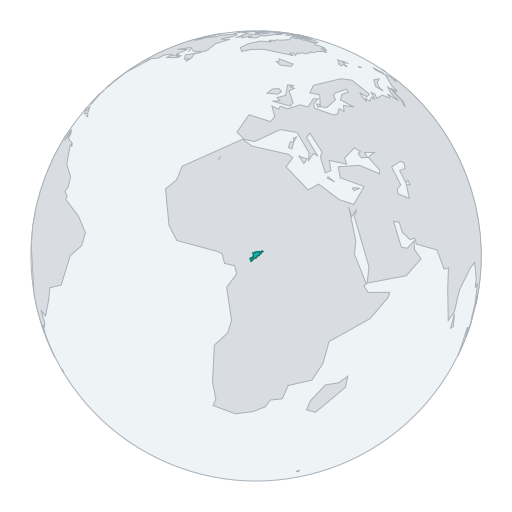 Adamawa highlighted on a globe, orthographic projection, rotated 23°
{"feature_id": "NGA-2881", "entity_name": "Adamawa", "entity_type": "State", "adm_level": 1, "iso_a3": "NGA", "parent_name": "Nigeria", "parent_adm1": "", "projection": "orthographic", "projection_center": [12.557, 9.198], "detail": "fine", "context": "on_globe", "style": "filled", "palette": "teal", "viewbox_px": 512, "rotation_deg": 23, "n_neighbors": 0, "source": "natural_earth", "source_scale": "10m", "svg_char_len": 9845}
<svg xmlns="http://www.w3.org/2000/svg" viewBox="0 0 512 512"><g transform="rotate(23 256 256)"><circle cx="256" cy="256" r="225" fill="#eef3f6" stroke="#a8b0b8"/><path d="M177.9,44.7L178.8,44.4L173.6,46.4L179.0,44.6L183.5,42.9L187.3,41.7L188.4,41.6L181.9,43.8L180.5,44.2L179.2,44.8L175.5,46.1L177.9,45.4L170.0,48.6L179.3,45.4L174.2,48.0L168.6,50.2L167.3,49.9L151.1,56.6L150.7,56.8L177.9,44.7ZM137.3,64.5L127.7,71.8L121.7,76.0L115.0,81.7L119.1,79.0L125.8,73.7L131.8,70.8L139.3,65.4L142.9,63.7L151.4,58.9L152.0,59.9L148.0,63.8L141.0,68.1L139.1,70.2L147.3,66.7L135.8,76.3L130.8,85.7L127.6,88.6L118.5,91.9L114.6,89.5L102.8,96.6L112.3,92.6L104.2,101.0L103.6,102.9L105.2,103.2L109.0,100.5L106.7,103.8L96.3,108.3L98.3,105.3L101.6,103.7L99.6,102.9L92.6,107.2L89.1,111.7L82.3,115.5L79.6,119.0L76.7,122.2L81.3,116.1L72.8,127.6L64.2,137.9L52.4,159.6L58.1,148.3L66.6,134.0L76.1,120.4L86.6,107.4L98.1,95.3L110.4,84.1L123.5,73.8L137.3,64.5ZM33.8,218.7L33.3,223.0L35.1,214.8L37.1,211.6L34.7,224.5L37.7,213.7L37.4,221.0L42.8,224.1L41.7,226.8L45.9,245.3L54.3,255.5L56.2,265.9L54.8,271.3L58.6,274.3L58.7,278.2L77.4,289.0L89.9,301.3L91.5,314.7L84.9,328.2L88.0,358.9L78.6,365.8L82.4,377.8L85.7,393.5L79.2,389.8L87.4,399.7L89.0,403.9L86.6,402.7L91.6,408.9L90.1,407.9L95.0,412.8L100.7,419.2L108.6,426.4L110.2,427.8L98.2,416.7L86.9,404.9L76.6,392.2L67.2,378.9L66.9,378.4L45.7,335.5L42.2,325.9L38.9,316.3L34.8,298.7L32.1,280.8L30.8,262.8L31.0,244.6L31.2,241.3L33.1,223.4L33.3,221.8L33.8,218.7ZM49.0,167.2L49.1,166.9L45.0,180.8L44.1,180.3L44.9,178.6L46.6,173.4L48.3,168.8L49.0,167.2ZM54.5,156.3L55.0,154.9L55.0,155.4L54.5,156.3ZM150.4,58.8L150.8,58.8L149.0,59.7L150.4,58.8ZM153.7,56.8L151.3,57.7L152.5,56.9L154.0,56.3L153.7,56.8ZM156.4,55.9L154.9,55.5L157.1,54.2L164.4,51.1L156.4,55.9ZM184.5,42.5L179.7,44.2L182.7,43.0L184.5,42.5ZM197.0,38.6L199.8,37.9L185.4,42.1L186.2,41.8L197.0,38.6ZM189.1,41.2L195.7,39.0L196.8,39.1L194.3,39.6L189.1,41.2ZM193.4,40.0L197.1,39.2L195.0,40.1L189.5,41.3L193.4,40.0ZM197.0,38.6L200.2,37.8L198.8,38.2L197.0,38.6ZM189.5,43.8L189.4,43.1L192.9,42.0L189.5,43.8ZM198.7,38.9L199.4,38.6L200.7,38.2L202.7,37.9L198.7,38.9ZM208.2,35.8L208.4,35.8L210.6,35.3L213.0,34.9L214.5,34.6L207.9,36.0L211.7,35.2L212.4,35.1L206.2,36.4L208.2,35.8L208.2,35.8ZM208.8,36.5L201.2,38.8L200.5,39.9L197.5,40.9L199.1,38.9L208.8,36.5ZM207.8,36.3L207.7,36.6L204.0,37.4L201.7,37.7L207.8,36.3ZM218.2,33.9L218.4,33.9L217.2,34.1L218.2,33.9ZM209.3,36.6L211.1,36.1L209.7,36.6L209.3,36.6ZM216.4,34.5L215.6,34.5L217.3,34.2L216.4,34.5ZM215.5,35.3L213.0,35.9L211.4,36.0L215.5,35.3ZM216.5,34.8L219.1,34.3L212.3,35.7L215.8,34.8L216.5,34.8ZM218.2,34.2L219.0,34.0L218.3,34.2L218.2,34.2ZM222.9,34.8L214.8,36.5L211.2,36.6L219.6,34.9L222.9,34.8ZM122.4,437.1L122.2,436.4L124.1,437.7L124.7,438.6L122.4,437.1ZM467.7,178.8L473.3,196.5L477.4,214.4L474.9,205.9L478.0,222.4L480.2,234.3L480.6,238.2L481.1,248.1L481.0,246.0L479.6,232.5L478.6,228.5L476.3,214.2L470.6,194.5L470.2,199.6L467.8,191.4L459.8,176.4L457.9,183.5L456.6,208.2L460.4,229.7L458.2,240.3L445.4,211.5L437.8,191.7L434.3,194.6L420.2,179.7L399.1,182.4L395.1,177.6L391.3,180.7L381.2,176.8L374.7,169.0L369.1,170.3L386.2,191.0L392.1,189.8L395.7,180.4L399.4,188.2L409.0,194.2L402.0,215.4L369.0,237.5L364.1,221.6L330.7,180.8L330.8,176.0L330.6,175.5L330.1,174.5L328.7,182.5L322.4,174.7L342.0,203.1L346.0,216.0L368.5,238.5L366.8,241.3L373.6,245.7L393.3,237.2L393.8,242.6L385.5,269.0L356.7,306.2L359.6,328.8L356.0,348.4L336.2,362.6L336.0,377.2L325.5,383.0L323.5,391.2L314.0,400.4L298.7,409.3L274.9,410.4L274.9,403.2L265.3,389.3L252.5,354.3L260.1,337.6L258.6,324.7L241.2,296.2L245.2,280.0L240.1,273.3L229.9,275.1L223.9,267.1L217.6,267.0L177.2,272.7L164.1,262.0L146.5,229.6L153.2,216.9L153.0,202.2L198.0,153.8L209.2,156.4L246.5,149.7L251.4,151.3L248.8,162.2L278.1,174.8L285.6,165.3L310.5,171.6L325.9,170.4L328.4,149.7L303.0,151.1L296.9,141.7L315.9,132.1L337.7,132.1L336.1,128.5L320.8,121.2L324.4,114.5L315.4,118.3L320.1,121.7L314.6,124.5L309.9,121.7L311.3,119.2L304.3,118.0L299.3,131.1L303.5,136.0L286.1,139.4L291.5,148.1L287.3,152.5L276.5,139.6L276.4,134.7L257.6,121.9L256.1,127.1L273.8,139.9L268.9,139.1L267.0,147.5L264.6,140.4L245.7,126.2L229.0,130.1L210.1,151.1L199.8,153.2L190.1,149.4L194.4,128.7L217.0,126.6L218.8,120.3L212.1,111.7L219.6,112.1L219.6,108.7L227.9,108.0L237.5,99.6L245.6,98.5L247.4,88.8L251.8,87.2L249.5,93.2L252.3,97.2L272.2,95.9L275.5,93.7L275.0,87.8L280.6,88.6L277.6,83.1L288.1,80.6L272.8,79.4L271.9,73.6L277.1,69.0L274.0,67.2L265.5,74.7L264.6,78.1L268.2,81.1L263.3,91.5L256.9,93.5L251.6,82.7L241.9,84.8L242.1,76.5L265.0,59.6L275.5,56.7L297.2,62.7L295.9,66.0L287.5,65.2L297.1,70.8L295.4,68.0L300.1,69.0L300.3,64.6L303.6,65.2L298.3,60.3L302.3,60.6L305.6,63.7L309.5,58.4L317.4,58.4L316.6,57.0L313.7,55.5L325.6,57.2L324.6,56.2L320.3,55.1L315.4,52.6L311.4,49.0L315.7,49.7L317.8,51.1L328.6,55.6L333.3,59.8L334.7,59.9L331.6,56.5L318.4,50.8L314.8,48.5L321.3,50.7L318.6,49.7L318.2,48.8L321.8,48.9L314.8,46.4L304.0,38.5L310.0,38.6L317.0,40.9L314.0,38.5L320.2,40.1L335.5,45.2L350.4,51.4L364.8,58.7L378.7,67.0L391.9,76.3L404.4,86.5L416.2,97.6L427.1,109.5L437.2,122.1L446.3,135.4L454.5,149.4L461.6,163.9L467.7,178.8ZM184.5,178.1L183.8,182.5L184.5,178.1ZM362.5,143.3L374.6,143.1L366.3,131.2L370.2,130.4L366.0,126.9L365.6,130.4L354.8,121.1L359.0,117.3L356.0,112.5L351.8,112.4L346.0,121.0L361.5,134.0L359.9,139.2L362.5,143.3ZM43.0,224.1L43.4,227.0L42.3,226.5L43.0,224.1ZM42.3,185.1L42.2,186.1L41.7,188.4L41.4,188.5L42.3,185.1ZM45.9,191.5L46.6,193.5L45.1,193.6L45.9,191.5ZM44.8,182.8L45.2,190.4L42.5,192.4L42.5,187.8L43.4,187.9L44.8,182.8ZM51.2,163.0L50.7,164.3L49.7,166.4L51.2,163.0ZM54.6,156.7L54.4,156.7L55.3,154.7L54.6,156.7ZM104.8,100.7L105.5,100.5L106.4,101.4L104.5,102.4L104.8,100.7ZM119.3,99.0L115.2,104.5L116.8,100.9L113.3,102.9L112.4,98.5L126.0,89.9L120.0,94.3L119.3,99.0ZM114.9,91.1L114.0,94.3L114.5,91.2L114.9,91.1ZM211.7,92.9L215.2,94.7L212.9,98.5L202.6,101.7L205.7,96.0L211.7,92.9ZM220.6,96.5L218.2,86.0L224.5,84.2L221.4,86.8L225.8,86.7L221.9,91.1L230.3,100.4L228.9,104.6L210.6,107.1L217.3,103.7L213.5,101.9L220.6,96.5ZM201.1,68.3L200.2,65.4L215.1,64.9L214.2,67.8L203.9,70.7L198.8,69.1L201.1,68.3ZM169.7,51.2L168.3,51.3L170.1,50.5L172.7,49.8L169.7,51.2ZM189.2,43.5L177.3,50.5L175.2,50.7L170.7,55.3L163.4,58.0L166.5,54.8L157.6,60.7L157.5,59.0L152.0,63.1L159.8,55.7L159.3,54.9L162.6,54.6L169.3,52.0L172.1,50.7L179.6,46.5L181.9,44.1L189.0,41.8L193.3,40.8L193.8,41.0L189.1,42.3L193.2,41.6L186.7,43.8L189.2,43.5ZM240.3,39.2L234.6,39.2L241.7,41.1L235.3,42.1L236.5,42.2L232.5,43.8L229.8,46.3L226.7,46.5L227.0,47.4L224.4,48.8L223.7,50.2L217.9,51.3L216.6,53.3L214.5,52.8L214.0,56.0L211.7,54.2L208.1,56.2L212.2,56.9L181.9,62.8L170.9,67.8L163.0,73.3L160.2,70.3L165.9,63.7L175.9,56.6L186.9,52.7L183.6,52.4L187.9,50.6L188.7,51.5L190.1,49.1L193.8,48.0L202.7,43.6L202.4,41.5L205.6,40.2L207.6,40.5L209.5,39.0L215.4,38.8L217.9,37.9L226.2,37.2L228.6,38.8L231.1,37.8L237.6,37.7L240.3,39.2ZM225.2,34.6L229.5,35.5L228.2,36.7L214.3,37.5L211.2,38.3L202.3,39.6L204.5,38.0L206.8,37.7L209.6,37.1L207.8,37.8L211.4,36.9L214.7,36.6L218.4,35.8L218.8,36.2L225.2,34.6ZM256.0,147.0L259.7,147.3L265.1,146.6L264.0,152.2L256.0,147.0ZM243.0,137.4L246.1,136.5L247.2,143.4L243.4,143.4L243.0,137.4ZM246.9,130.6L246.2,136.0L244.3,133.0L246.9,130.6ZM252.3,92.4L255.6,91.5L256.3,92.8L254.9,95.0L252.3,92.4ZM260.1,47.7L257.0,46.9L257.8,46.3L254.5,43.7L259.0,43.2L262.7,44.5L260.1,47.7ZM324.6,153.4L320.7,157.6L318.1,155.9L320.0,154.7L324.6,153.4ZM291.4,154.9L299.4,157.1L291.0,156.4L291.4,154.9ZM264.4,46.6L262.6,45.5L266.0,46.0L264.4,46.6ZM262.1,42.7L266.0,43.0L259.2,42.8L262.1,42.7ZM380.0,436.1L379.2,438.1L376.9,438.7L380.0,436.1ZM389.6,341.8L371.8,376.7L362.6,377.8L362.6,368.2L370.3,347.5L381.5,340.5L387.5,330.7L389.6,341.8ZM480.9,268.9L481.0,267.6L478.5,239.3L479.5,238.8L481.2,252.0L480.9,268.9ZM461.2,231.6L465.1,243.7L463.4,246.4L461.2,231.6ZM300.2,44.8L299.8,48.7L302.4,52.1L308.6,54.5L299.7,53.1L295.6,47.9L300.2,44.8ZM303.1,39.0L297.6,37.5L300.0,37.6L301.6,37.9L303.1,39.0ZM299.8,38.5L293.1,38.0L290.0,36.8L295.9,37.4L299.8,38.5ZM278.9,41.1L278.4,42.1L275.7,41.6L278.9,41.1ZM300.2,35.1L303.3,35.8L300.8,35.3L298.8,34.8L300.2,35.1Z" fill="#d9dde1" stroke="#a8b0b8" stroke-width="1"/><path d="M260.6,249.1L259.9,250.2L259.8,250.4L259.6,250.9L259.5,251.6L259.4,251.9L259.5,252.0L259.4,252.2L259.4,252.3L259.2,252.4L258.8,252.5L258.7,252.5L258.7,252.9L258.7,253.0L258.5,253.3L258.7,253.5L258.7,253.8L258.6,254.1L258.6,254.4L258.5,254.6L258.2,254.7L257.9,254.8L257.6,254.9L257.6,255.0L257.4,255.1L257.2,255.3L257.3,255.4L257.3,255.5L257.3,255.8L257.1,256.2L257.0,256.4L257.0,256.6L257.0,257.4L256.9,257.6L256.7,257.7L256.6,257.8L256.5,258.0L256.4,258.1L256.0,258.3L255.9,258.3L255.7,258.3L255.4,258.4L255.4,258.6L255.4,258.8L255.2,258.9L255.2,259.0L254.9,259.0L254.7,259.2L254.7,259.4L254.7,259.5L254.8,259.9L254.7,260.0L254.5,260.3L254.5,260.5L254.6,260.8L254.4,261.0L254.0,261.6L253.9,261.8L253.9,262.0L253.9,262.3L253.8,262.5L253.7,262.6L253.5,262.9L253.4,262.9L253.4,262.7L253.3,262.4L253.3,262.2L253.3,261.9L253.1,261.5L252.7,261.1L252.5,260.9L252.3,261.0L252.2,261.2L252.1,261.3L251.9,261.3L251.8,261.2L251.7,260.9L251.5,260.5L251.5,260.4L251.8,260.1L252.0,259.9L253.0,258.7L253.3,258.5L253.3,258.3L253.3,258.2L253.3,257.9L253.7,257.1L253.7,256.8L253.5,256.6L253.3,256.5L253.2,256.3L253.2,256.1L253.1,255.9L252.9,255.5L252.7,255.3L252.6,255.2L252.4,255.1L252.0,254.4L252.4,254.4L252.7,254.2L253.4,253.8L253.6,253.7L253.6,253.0L253.6,252.7L254.3,252.7L254.7,252.4L255.1,251.8L255.4,251.6L255.7,251.6L256.0,251.6L256.2,251.4L256.3,251.3L256.4,251.2L256.5,251.1L256.9,250.9L257.1,250.6L257.4,250.6L257.7,250.6L258.0,250.7L258.2,250.9L258.5,251.1L258.9,251.0L259.0,250.5L259.3,250.0L259.3,249.7L259.3,249.4L259.3,249.2L259.5,249.2L259.7,249.3L259.8,249.3L260.4,249.1L260.6,249.1L260.6,249.1Z" fill="#14b8a6" stroke="#0f766e" stroke-width="1.5"/></g></svg>